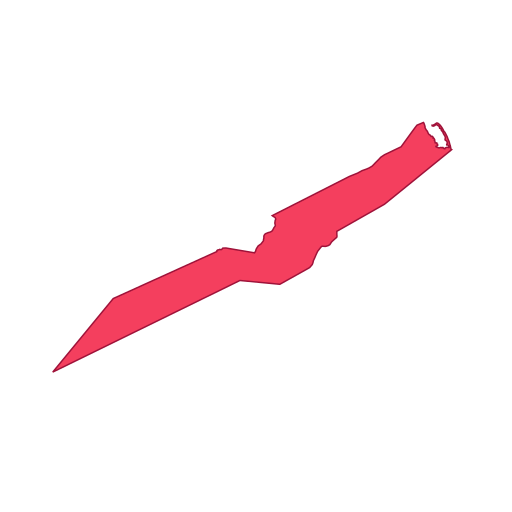 Gagaemauga II, Gaga'emauga, Samoa, rotated 38°
{"feature_id": "51752279B40413162878901", "entity_name": "Gagaemauga II", "entity_type": "district", "adm_level": 2, "iso_a3": "WSM", "parent_name": "Samoa", "parent_adm1": "Gaga'emauga", "projection": "mercator", "projection_center": [-172.342, -13.526], "detail": "fine", "context": "isolated", "style": "filled", "palette": "rose", "viewbox_px": 512, "rotation_deg": 38, "n_neighbors": 0, "source": "geoboundaries", "source_scale": "gbopen_adm2", "svg_char_len": 2058}
<svg xmlns="http://www.w3.org/2000/svg" viewBox="0 0 512 512"><g transform="rotate(38 256 256)"><path d="M344.7,51.7L343.9,51.8L341.0,49.3L340.4,49.0L337.8,47.0L335.4,45.7L333.2,44.3L329.8,42.7L328.3,42.1L327.5,42.1L325.4,41.1L323.4,40.3L321.3,39.7L319.7,39.4L317.5,39.4L316.6,39.8L316.3,40.4L315.9,41.8L315.1,43.7L314.2,44.6L314.8,45.0L316.0,44.3L316.6,43.1L316.8,42.0L317.5,41.3L320.6,41.1L322.1,42.3L323.1,41.9L324.0,42.2L324.5,42.8L327.0,43.4L328.3,44.2L331.2,45.3L332.3,46.1L333.1,47.6L333.5,48.1L335.8,48.1L337.3,49.3L337.5,50.6L337.9,51.0L338.3,50.5L340.0,50.6L341.3,51.1L341.3,51.8L340.4,52.1L339.5,52.9L338.6,54.3L338.8,55.2L338.0,55.6L336.4,55.4L336.0,56.2L335.2,56.4L334.5,57.0L333.7,58.2L333.1,58.3L331.8,58.9L330.5,59.1L330.3,58.7L330.8,58.3L331.0,56.8L330.2,56.1L329.6,56.3L328.8,55.6L327.6,56.5L326.1,55.3L325.4,55.1L325.4,54.5L324.3,53.9L323.0,54.0L323.1,53.6L321.8,53.2L321.1,53.2L320.5,54.0L319.0,53.5L317.6,53.7L316.4,53.4L314.2,52.2L312.4,51.8L310.8,51.1L309.8,50.5L309.6,50.0L308.5,49.2L306.5,47.9L305.7,47.7L302.3,53.8L302.3,56.9L302.5,63.6L303.1,80.6L295.4,96.1L294.9,97.1L293.5,101.4L293.3,104.1L292.7,108.8L292.5,111.1L292.2,113.7L290.9,117.0L289.6,119.4L287.0,123.5L285.0,128.2L284.7,128.7L280.6,135.8L243.9,214.2L245.1,214.2L247.3,213.9L248.4,214.4L248.9,214.9L249.2,216.1L250.6,218.5L252.3,219.9L252.7,220.8L252.7,222.6L253.2,225.3L253.2,226.8L252.4,228.5L251.3,229.9L249.7,232.7L249.6,233.7L249.7,234.9L250.3,236.0L251.1,236.9L251.7,238.3L252.4,239.2L252.5,239.9L252.5,243.4L251.5,246.7L251.8,249.9L252.2,251.3L252.7,252.4L252.9,254.4L227.4,268.2L225.0,270.2L224.9,271.9L224.5,272.6L223.3,273.1L223.1,273.7L222.0,275.0L221.9,276.0L222.4,276.6L169.7,377.4L167.3,472.6L258.4,285.2L292.2,263.6L305.4,232.1L305.6,228.1L305.0,226.2L304.1,224.3L303.4,221.2L302.6,218.3L301.7,214.4L301.7,209.7L301.8,208.1L302.3,207.4L304.7,205.8L305.6,204.7L306.6,203.2L307.2,201.6L306.9,198.5L307.1,197.0L308.1,191.5L307.6,190.5L306.4,189.2L304.5,186.8L325.4,136.0L336.9,85.9L344.7,51.7Z" fill="#f43f5e" stroke="#9f1239" stroke-width="1.5"/></g></svg>